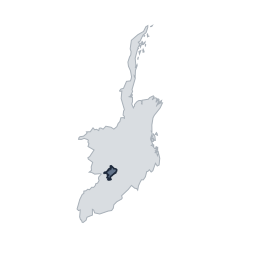 location of Mongmit, Shan, Myanmar, rotated 201°
{"feature_id": "60261553B47927244306480", "entity_name": "Mongmit", "entity_type": "district", "adm_level": 2, "iso_a3": "MMR", "parent_name": "Myanmar", "parent_adm1": "Shan", "projection": "natural_earth1", "projection_center": [96.697, 23.526], "detail": "fine", "context": "in_parent", "style": "filled", "palette": "slate", "viewbox_px": 256, "rotation_deg": 201, "n_neighbors": 0, "source": "geoboundaries", "source_scale": "gbopen_adm2", "svg_char_len": 6452}
<svg xmlns="http://www.w3.org/2000/svg" viewBox="0 0 256 256"><g transform="rotate(201 128 128)"><path d="M160.7,115.6L158.5,114.4L156.9,115.5L154.4,115.1L154.7,117.5L153.3,118.3L150.8,118.0L149.3,121.7L144.2,122.6L140.8,121.9L138.9,125.2L138.8,128.9L137.9,131.1L138.3,135.0L136.1,136.0L134.8,135.8L135.5,137.5L137.2,138.3L138.2,142.3L137.9,143.8L144.9,153.0L147.0,160.3L148.7,159.3L149.2,160.0L148.5,161.9L146.4,163.4L146.1,171.0L142.6,172.9L142.7,175.4L143.1,177.2L146.2,182.3L149.7,185.8L151.7,189.5L152.0,194.9L151.6,197.2L152.5,200.4L154.3,202.6L156.3,211.1L152.2,218.7L148.1,223.7L147.6,228.9L146.2,230.7L145.6,229.0L145.3,223.5L147.3,220.0L147.9,213.3L149.2,211.8L148.5,211.2L146.9,211.6L147.5,206.2L146.6,206.0L147.3,204.8L146.3,195.7L143.1,189.3L142.7,186.6L142.2,190.3L141.8,189.5L141.7,184.5L139.9,179.0L140.1,178.6L140.9,179.0L140.2,177.8L139.5,178.1L139.0,176.7L138.0,165.3L136.8,163.7L137.2,158.8L138.1,157.6L134.8,158.1L133.2,154.0L133.1,151.7L129.8,148.3L130.4,149.3L129.8,150.5L130.3,152.4L129.0,156.0L127.6,157.6L125.8,158.3L124.4,157.3L124.1,155.4L123.5,155.4L124.8,159.0L119.4,162.1L118.6,164.2L115.9,167.1L115.0,166.7L115.5,162.9L113.8,165.9L111.6,166.0L111.1,161.9L110.2,164.3L108.9,165.0L109.3,158.2L109.0,160.2L106.8,162.9L104.8,163.8L105.2,158.2L108.0,149.3L108.3,146.4L106.8,139.3L104.4,133.3L105.1,133.3L103.4,131.5L103.2,127.1L102.2,128.7L102.1,131.5L100.0,130.0L98.0,126.2L98.8,125.9L101.1,127.7L102.4,126.7L102.8,125.4L99.1,121.7L100.0,120.1L98.8,120.2L95.7,118.4L94.8,118.7L95.2,120.3L94.6,120.7L93.4,118.3L94.3,117.1L93.5,117.1L94.0,114.9L93.7,114.6L92.2,117.4L91.4,116.8L92.3,115.3L92.0,114.5L90.6,112.8L90.7,115.8L87.5,111.1L85.7,104.6L87.1,103.0L89.7,104.9L89.5,97.0L90.6,95.2L93.1,96.7L93.9,94.6L94.9,94.1L94.3,88.6L95.1,85.1L96.9,84.5L97.3,81.7L97.5,77.8L96.7,73.5L98.3,74.6L100.1,74.2L104.2,75.6L105.8,70.6L109.7,62.5L108.3,60.6L108.5,59.4L112.0,55.2L113.7,51.3L113.0,47.9L113.7,45.1L116.8,43.3L123.6,37.6L128.7,36.8L130.7,39.1L132.1,39.3L130.0,34.0L134.3,30.0L134.1,26.9L136.1,23.6L137.2,23.7L138.3,25.3L139.4,25.3L141.3,27.7L143.2,34.4L144.6,33.2L146.5,34.1L147.4,44.0L146.9,49.7L145.8,51.0L146.6,53.3L144.9,54.2L143.6,56.4L141.8,56.6L140.6,59.7L138.8,60.2L137.9,62.6L138.1,64.5L136.6,65.6L136.2,68.7L137.4,70.0L137.8,71.7L136.5,75.3L137.6,75.4L142.5,73.0L146.0,73.5L148.4,72.9L146.9,75.3L148.4,78.5L148.7,83.3L153.9,84.7L154.8,85.9L153.6,87.4L151.8,95.3L158.7,96.4L158.9,99.4L160.4,100.5L160.6,102.2L161.5,102.7L165.2,102.6L167.4,100.6L170.1,99.7L170.3,101.4L169.7,102.7L166.6,104.4L164.6,108.0L164.5,108.8L165.4,109.5L161.9,111.0L160.7,115.6ZM100.1,124.1L102.3,125.5L101.8,126.6L100.5,126.7L99.4,124.8L100.1,124.1ZM143.8,201.1L145.2,203.4L143.8,204.9L143.8,201.1ZM99.8,133.9L98.7,133.0L97.9,131.8L100.3,131.9L99.8,133.9ZM145.8,210.9L145.9,213.9L145.0,213.5L144.4,211.0L145.8,210.9ZM108.0,163.7L106.5,165.7L106.3,164.0L108.4,161.7L108.0,163.7ZM136.7,161.1L135.8,160.5L135.7,158.8L136.4,158.3L136.9,159.1L136.7,161.1ZM142.9,214.5L142.7,213.5L143.7,211.1L143.5,213.2L142.9,214.5ZM142.4,220.1L143.6,222.3L143.4,222.8L142.3,221.0L141.6,221.1L142.4,220.1ZM146.7,209.2L145.4,209.8L145.3,207.8L146.7,209.2ZM143.6,230.5L142.0,232.4L142.2,231.3L143.6,230.5ZM93.0,118.6L93.5,121.1L92.5,118.2L93.0,118.6ZM143.8,196.4L143.8,198.2L143.3,195.3L143.8,196.4ZM98.0,120.3L98.2,121.9L97.2,119.7L98.0,120.3ZM142.1,207.0L141.2,206.1L141.5,205.4L142.0,205.6L142.1,207.0ZM141.4,204.3L140.8,205.6L140.2,204.8L140.7,204.3L141.4,204.3ZM141.6,211.7L141.6,212.8L140.9,210.3L141.6,211.7ZM110.3,166.0L109.6,165.9L110.5,164.7L110.6,165.2L110.3,166.0ZM146.0,220.3L145.4,220.1L145.9,218.9L146.0,220.3Z" fill="#d9dde1" stroke="#a8b0b8" stroke-width="1"/><path d="M128.0,72.5L127.9,72.5L127.7,72.6L127.2,72.5L126.8,72.8L126.7,73.1L126.4,73.0L126.2,73.1L125.9,73.3L125.8,73.5L125.7,73.6L125.6,73.8L125.4,73.9L125.4,74.0L125.5,74.0L125.8,74.3L126.0,74.2L126.3,74.1L126.5,74.2L126.6,74.4L126.6,74.5L126.6,74.8L126.6,75.0L126.7,75.3L126.8,75.4L126.7,75.5L126.8,75.6L127.0,75.9L127.0,76.2L127.0,76.3L126.9,76.3L126.8,76.5L126.6,77.0L126.4,77.3L126.2,77.3L126.1,77.5L125.9,77.7L125.9,77.9L125.8,78.0L125.9,78.3L125.7,78.5L125.6,78.8L125.5,79.0L125.3,79.3L125.1,79.3L125.0,79.5L124.7,79.9L124.8,80.1L124.6,80.2L124.5,80.4L124.6,80.5L124.5,80.8L124.4,80.8L124.2,80.9L124.2,81.0L123.9,81.4L123.9,81.5L124.0,81.6L123.9,81.7L123.8,81.8L123.7,81.7L123.4,81.6L123.3,81.8L123.5,81.9L123.6,82.0L123.6,82.3L123.5,82.6L123.5,82.8L123.5,83.0L123.4,83.4L123.4,83.5L123.2,83.7L123.2,83.8L123.2,84.0L123.4,84.3L123.5,84.4L123.6,84.5L123.7,84.8L123.6,85.0L123.8,85.2L124.0,85.3L124.4,85.4L124.5,85.4L124.9,85.4L125.0,85.4L125.4,85.3L125.7,85.2L125.9,85.2L126.0,85.2L126.3,85.1L126.6,84.9L126.7,85.0L126.9,85.2L126.9,85.3L127.0,85.3L127.3,85.5L127.5,85.6L127.8,85.7L128.0,85.7L128.3,85.7L128.3,85.8L128.5,85.9L128.5,86.1L128.8,86.2L129.0,86.2L129.1,86.3L129.3,86.4L129.4,86.2L129.5,86.2L129.6,86.3L129.8,86.4L129.9,86.5L130.1,86.5L130.3,86.7L130.5,86.6L130.5,86.4L130.6,86.2L130.8,86.0L130.7,85.9L130.6,85.7L130.5,85.4L130.4,85.2L130.2,85.0L130.0,84.9L129.9,84.6L129.7,84.6L129.6,84.4L129.4,84.2L129.4,83.8L129.7,84.0L129.7,83.9L129.8,84.0L129.8,83.9L129.9,84.0L129.9,83.9L130.0,83.9L130.3,83.9L130.5,83.7L130.8,83.5L130.8,83.4L130.9,83.2L131.0,83.1L131.1,82.9L131.3,82.8L131.4,82.6L131.3,82.4L131.2,82.4L130.9,82.2L130.9,81.8L130.9,81.7L131.1,81.6L131.4,81.6L131.6,81.5L131.6,81.4L131.8,81.3L131.8,81.2L131.8,80.7L131.6,80.7L131.8,80.5L131.9,80.4L131.9,80.2L132.1,80.0L132.1,79.9L132.2,79.7L132.4,79.6L132.5,79.4L132.5,79.2L132.8,78.9L132.9,78.6L133.0,78.6L133.3,78.4L133.5,78.3L133.8,78.4L134.1,78.2L134.2,77.9L134.3,77.7L134.2,77.4L134.1,77.5L133.9,77.6L133.7,77.5L133.4,77.8L133.3,77.7L133.2,77.6L133.1,77.8L133.0,77.7L132.9,77.8L132.9,78.0L132.8,77.9L132.6,77.9L132.5,78.0L132.4,78.0L132.2,78.1L132.1,78.3L131.9,78.3L131.6,78.3L131.4,78.3L131.3,78.1L131.2,78.0L131.2,77.9L131.2,77.7L130.9,77.4L130.8,77.5L130.7,77.4L130.6,77.5L130.4,77.5L130.3,77.4L130.2,77.4L130.1,77.5L129.9,77.4L129.7,77.3L129.6,77.2L129.3,77.1L129.1,77.1L129.1,76.9L129.2,76.7L129.3,76.7L129.5,76.8L129.6,76.7L129.8,76.7L130.0,76.4L130.1,76.1L130.0,75.7L129.9,75.6L129.7,75.5L129.7,75.4L129.7,75.2L129.7,74.9L129.7,74.5L129.9,74.2L129.7,74.0L129.4,74.1L129.2,74.1L128.9,74.3L128.6,74.3L128.4,74.3L128.2,74.3L128.1,74.2L128.4,73.9L128.3,73.7L128.3,73.4L128.2,73.5L128.1,73.4L128.2,73.2L128.3,73.1L128.2,72.8L128.1,72.7L128.0,72.5Z" fill="#64748b" stroke="#1e293b" stroke-width="1.5"/></g></svg>